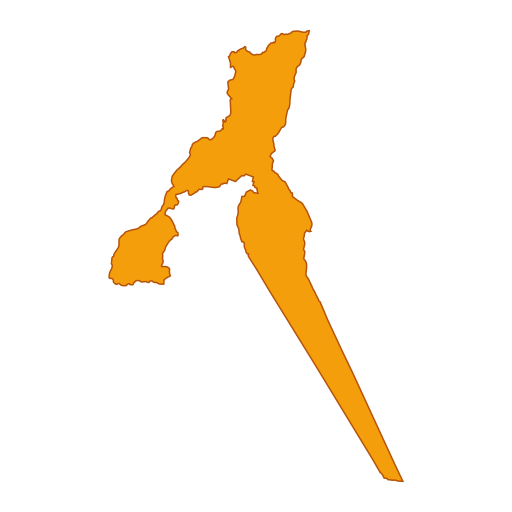 Cartago, Cartago, Costa Rica
{"feature_id": "36466004B19971785414820", "entity_name": "Cartago", "entity_type": "district", "adm_level": 2, "iso_a3": "CRI", "parent_name": "Costa Rica", "parent_adm1": "Cartago", "projection": "equal_earth", "projection_center": [-83.947, 9.787], "detail": "fine", "context": "isolated", "style": "filled", "palette": "amber", "viewbox_px": 512, "rotation_deg": 0, "n_neighbors": 0, "source": "geoboundaries", "source_scale": "gbopen_adm2", "svg_char_len": 6020}
<svg xmlns="http://www.w3.org/2000/svg" viewBox="0 0 512 512"><path d="M285.1,181.9L282.1,180.4L278.7,176.3L277.9,174.4L274.5,172.2L273.7,171.0L272.9,171.0L271.9,169.9L272.3,166.7L272.3,163.9L273.0,162.4L273.5,160.4L272.9,159.8L272.0,158.0L270.2,156.8L270.1,156.4L271.3,153.7L275.1,150.6L274.9,149.3L274.0,146.4L273.8,143.8L272.8,139.4L272.8,138.6L273.1,137.6L274.0,136.4L275.3,136.3L278.1,133.5L281.3,127.9L282.2,127.1L283.4,127.0L285.0,125.2L285.6,123.3L285.8,118.3L287.5,110.3L287.7,109.8L288.8,108.5L289.8,104.4L289.9,99.9L291.2,89.5L291.7,88.4L293.2,87.0L293.9,82.8L294.7,81.2L294.7,80.8L294.1,79.8L294.1,78.2L294.6,76.0L296.1,72.6L296.1,68.7L297.6,66.4L299.7,64.9L301.0,61.8L301.1,60.0L301.4,59.1L304.1,56.7L305.7,51.0L305.7,48.8L305.1,45.9L305.2,45.3L304.7,43.6L304.9,43.1L305.6,42.5L306.3,40.1L306.9,38.9L307.1,36.0L308.7,33.9L309.2,30.7L307.0,31.0L306.1,32.1L305.0,32.2L302.9,32.2L297.9,31.0L292.7,31.4L290.2,33.4L287.3,34.4L285.8,34.1L284.5,34.6L282.2,33.6L281.1,33.7L280.6,34.6L278.5,36.2L276.6,36.4L275.9,37.5L275.4,38.8L275.5,41.5L274.1,42.8L273.6,42.2L272.4,42.9L270.7,43.1L270.0,44.1L268.5,45.3L267.4,47.5L266.7,48.3L266.6,49.8L266.0,50.9L265.2,51.3L264.0,52.4L263.3,52.6L262.8,52.3L261.4,54.0L260.8,54.2L259.1,54.6L256.2,54.5L254.8,55.0L253.7,55.0L252.2,54.4L250.5,53.2L249.9,52.1L247.7,51.5L246.0,50.1L245.5,49.0L245.8,47.5L245.4,46.8L244.8,46.6L243.1,48.2L241.3,48.7L239.0,49.9L238.8,50.6L237.8,50.7L236.5,52.4L234.9,52.8L234.1,51.8L232.0,51.7L231.7,52.3L230.6,53.3L229.4,56.3L228.5,56.7L230.5,62.8L230.5,67.4L232.7,66.3L233.5,66.5L233.8,66.9L234.0,68.2L235.6,70.5L235.8,71.9L235.3,73.4L234.8,75.9L233.3,78.9L231.9,79.8L230.1,80.0L228.4,81.3L227.8,82.1L228.6,89.1L227.5,91.2L227.1,93.2L228.3,94.9L231.7,98.8L230.7,99.0L230.2,99.8L230.8,112.2L230.4,114.6L230.0,115.1L229.0,116.1L226.2,117.6L226.1,118.4L225.8,119.1L226.3,120.4L225.3,121.9L224.9,122.0L224.1,120.5L223.5,119.8L223.2,119.7L222.9,120.1L223.2,123.7L222.6,125.9L223.4,127.6L223.3,128.9L222.2,128.7L221.3,130.0L220.1,131.0L217.1,131.4L216.4,131.8L215.7,132.6L214.8,135.9L213.4,137.8L211.1,139.7L209.3,139.6L208.2,138.3L207.1,137.7L202.9,137.6L202.0,137.8L197.0,141.6L195.6,142.0L193.2,143.4L192.4,144.6L191.8,146.6L190.9,147.9L190.1,150.2L189.6,152.8L190.3,153.9L190.4,154.7L189.5,156.9L185.3,162.1L182.4,164.5L180.8,166.6L176.8,170.2L173.9,173.8L172.2,176.4L171.5,180.0L171.5,181.4L172.1,183.2L173.9,186.3L170.4,188.8L169.2,190.5L166.9,191.8L165.2,196.3L164.5,199.4L164.1,203.0L163.1,205.2L161.9,206.8L161.1,209.7L160.5,210.7L158.8,211.2L156.9,213.5L153.0,216.7L152.6,217.4L150.6,218.2L148.5,220.6L146.1,223.9L145.5,224.5L140.8,226.3L138.6,228.1L137.4,228.8L131.6,230.0L125.9,231.8L124.7,232.9L123.5,234.5L121.4,236.0L120.9,236.8L119.9,237.8L119.3,238.8L119.0,240.0L119.0,245.1L118.4,247.5L114.6,253.1L113.9,254.7L113.6,256.4L112.6,256.9L112.0,257.8L111.4,263.7L112.3,265.4L112.3,266.2L111.6,268.8L110.3,271.1L109.5,273.3L109.1,276.1L109.1,277.7L110.0,278.4L111.8,278.5L112.7,279.0L113.2,279.8L113.4,281.6L113.7,282.4L115.4,284.0L116.8,284.4L118.2,283.6L119.2,283.6L121.3,285.3L123.3,285.7L126.3,285.6L127.4,284.3L128.6,283.7L129.4,283.8L130.2,284.7L132.5,284.8L133.0,284.5L133.5,283.8L133.7,282.8L134.6,282.2L135.6,281.0L136.5,280.6L139.3,280.6L140.6,281.6L141.7,282.0L145.8,281.5L148.1,282.5L149.1,282.3L149.5,281.6L150.1,281.0L151.5,280.9L152.3,281.1L153.4,282.1L154.1,282.4L157.0,282.6L158.6,283.8L160.7,284.1L163.8,284.1L164.0,280.1L165.7,278.4L170.4,275.8L169.6,273.8L169.4,271.1L169.6,269.3L169.2,268.3L167.5,267.0L165.6,266.6L161.6,266.5L161.7,265.1L162.8,263.0L163.1,261.7L163.0,260.6L162.6,259.3L162.7,255.0L162.5,254.3L162.6,253.3L164.6,250.5L165.7,246.8L168.7,242.0L170.3,240.2L171.8,239.2L172.9,237.3L173.9,236.3L175.7,235.4L177.8,235.8L178.1,234.9L177.9,232.7L176.8,231.9L176.2,231.1L175.8,229.8L174.9,228.1L174.8,226.5L174.5,225.6L174.0,225.0L173.2,223.0L171.9,220.6L171.7,220.6L171.6,220.1L170.3,218.1L169.2,217.0L166.7,215.5L165.3,215.1L165.1,214.6L165.1,212.8L165.5,211.6L168.1,208.1L169.9,208.1L172.3,208.9L173.6,209.0L174.3,207.8L174.6,205.7L175.6,204.9L177.2,204.9L178.3,203.1L178.7,201.5L178.4,200.9L177.5,200.2L177.0,198.2L176.5,198.2L175.8,196.8L175.7,195.0L177.2,194.2L180.0,193.7L182.3,192.6L184.6,191.8L186.6,190.5L187.2,190.5L188.4,190.9L188.5,193.5L189.1,194.8L189.4,195.1L191.1,195.1L194.0,193.4L194.9,192.7L195.4,192.0L196.6,192.0L198.6,189.9L198.8,189.4L202.2,189.4L202.7,188.8L202.8,187.2L203.2,186.7L203.8,186.6L207.6,186.6L213.8,187.5L215.6,187.5L218.7,187.0L219.6,186.5L221.3,184.0L222.8,184.0L224.0,183.2L226.8,183.5L228.5,178.9L235.4,181.5L241.7,175.7L244.2,175.8L245.8,174.1L253.4,177.0L252.4,181.5L253.9,181.7L252.9,185.4L254.6,186.0L254.9,187.4L257.2,188.3L256.9,189.1L257.9,193.3L253.7,192.6L252.8,191.2L250.5,189.9L246.3,192.1L244.6,196.3L241.9,196.5L240.9,201.8L238.7,205.5L238.1,207.0L238.0,209.6L238.2,210.3L238.2,212.7L237.6,215.7L236.8,217.8L236.9,224.7L238.8,229.1L239.3,234.0L240.2,235.8L240.4,237.6L241.8,241.7L242.1,241.7L242.1,241.3L244.2,242.8L244.4,247.3L245.6,249.9L246.0,252.0L247.1,253.7L248.6,254.1L248.2,255.5L248.5,256.6L256.6,269.3L269.8,291.4L317.2,368.2L373.2,460.3L380.2,472.5L380.5,472.4L382.8,475.1L383.1,476.1L384.1,478.0L386.9,478.5L388.3,479.8L390.2,479.8L391.7,480.2L395.0,480.1L398.3,481.1L402.9,481.3L395.9,466.7L352.1,371.7L342.2,351.1L328.0,320.6L320.1,301.9L318.8,300.8L318.5,299.5L315.7,294.3L315.1,292.5L312.4,287.9L311.9,286.3L309.7,281.8L309.4,280.9L308.1,278.5L306.4,276.3L306.0,274.9L306.0,272.2L306.6,267.8L306.6,264.8L306.2,262.5L305.4,260.9L303.8,258.9L303.8,258.0L304.1,256.9L304.7,253.4L304.7,251.5L304.2,250.5L303.7,249.9L303.6,248.9L304.7,244.5L304.7,242.5L304.5,241.4L303.7,239.8L303.5,238.4L304.2,236.2L304.6,232.9L305.8,231.6L306.7,230.2L308.0,231.3L308.5,231.5L309.8,231.6L310.7,231.3L310.4,231.1L310.3,229.9L310.5,228.7L311.8,225.9L311.9,223.7L311.8,222.6L306.9,211.1L302.4,203.5L301.1,202.5L297.7,200.5L292.5,196.6L292.4,193.1L290.8,192.5L290.2,190.8L288.6,188.9L288.4,187.9L285.1,181.9Z" fill="#f59e0b" stroke="#b45309" stroke-width="1.5"/></svg>